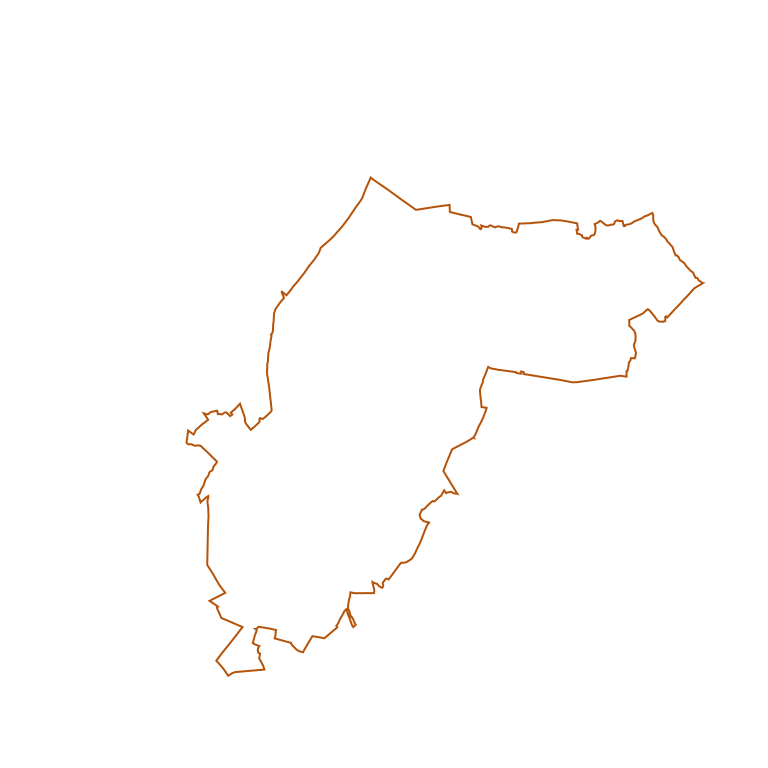 outline of Granicesti, Suceava, Romania, rotated 227°
{"feature_id": "2599482B75349817516737", "entity_name": "Granicesti", "entity_type": "district", "adm_level": 2, "iso_a3": "ROU", "parent_name": "Romania", "parent_adm1": "Suceava", "projection": "robinson", "projection_center": [26.065, 47.795], "detail": "fine", "context": "isolated", "style": "outline", "palette": "amber", "viewbox_px": 768, "rotation_deg": 227, "n_neighbors": 0, "source": "geoboundaries", "source_scale": "gbopen_adm2", "svg_char_len": 6146}
<svg xmlns="http://www.w3.org/2000/svg" viewBox="0 0 768 768"><g transform="rotate(227 384 384)"><path d="M326.1,696.9L327.9,690.8L328.9,689.0L329.1,686.8L329.6,684.7L332.1,678.3L332.7,674.6L333.9,671.7L335.5,669.5L335.8,668.7L335.2,668.0L336.0,667.0L340.6,669.6L342.4,667.6L343.2,666.9L344.3,666.6L345.2,664.6L345.3,663.6L345.0,662.9L344.5,662.4L344.2,661.3L344.3,660.7L344.5,660.0L344.9,659.4L345.9,658.6L346.1,657.7L347.4,655.6L348.7,654.7L354.8,653.8L355.8,653.4L356.1,652.9L356.0,652.2L356.4,649.6L357.3,647.1L353.9,645.3L350.8,641.8L350.1,640.3L349.8,638.9L351.0,637.3L351.1,635.7L350.6,633.0L351.0,632.3L352.7,632.1L352.7,631.6L352.5,630.9L356.2,629.2L357.6,630.2L360.8,629.0L362.0,627.7L365.5,630.0L364.5,631.2L369.8,634.8L379.5,627.7L383.0,624.9L387.6,620.4L388.9,619.0L394.6,610.0L399.0,604.4L400.5,602.8L400.7,602.0L409.3,592.0L407.2,589.1L404.8,584.6L404.7,584.1L404.9,583.7L406.4,582.2L408.2,581.7L410.1,583.2L410.5,583.1L411.7,582.0L412.8,581.7L415.9,579.2L418.4,577.0L421.0,575.5L422.1,573.9L422.8,572.2L423.1,571.9L424.8,571.1L426.7,570.5L427.5,569.9L427.9,569.1L427.9,567.5L429.1,565.9L431.0,564.5L433.6,563.3L431.7,561.9L431.2,560.8L431.2,560.3L431.9,560.0L434.8,560.3L440.5,557.6L446.9,561.4L455.0,556.1L455.0,555.9L464.9,549.5L470.2,554.1L476.9,544.8L489.5,526.2L506.7,522.6L523.1,519.4L540.9,515.5L544.0,515.1L538.9,503.1L534.9,495.0L534.0,492.0L532.5,483.9L529.4,470.7L527.8,461.4L526.4,447.3L526.4,440.7L526.8,430.6L524.6,426.4L524.0,424.4L522.4,417.1L521.4,409.5L519.5,401.0L518.6,394.6L518.0,391.8L517.1,383.5L516.4,380.2L515.4,373.1L521.1,372.3L521.1,371.9L515.1,369.5L514.4,363.2L513.6,359.8L513.0,356.6L512.2,354.6L510.6,351.7L504.5,345.4L503.3,343.7L498.8,339.2L497.4,337.0L497.2,336.4L497.4,335.4L497.1,334.9L496.2,334.7L495.8,334.4L492.7,330.2L489.5,326.5L487.8,324.3L485.6,320.6L479.1,313.9L478.2,312.1L475.9,310.1L473.2,307.2L469.7,304.3L468.3,303.5L459.8,297.7L441.5,284.0L441.0,283.1L440.8,281.3L440.8,274.4L441.1,271.5L441.8,270.9L443.3,270.4L443.6,270.0L443.1,268.8L441.7,267.6L441.1,266.8L441.1,260.5L441.4,255.3L448.9,256.0L450.8,256.4L452.4,257.6L454.0,259.0L455.6,259.9L467.8,265.2L467.3,258.4L467.5,252.3L465.1,252.2L465.5,249.5L470.9,249.3L471.8,247.9L472.4,244.5L474.0,243.5L475.2,241.9L476.0,242.3L477.2,243.3L478.2,243.7L481.1,239.2L481.6,238.2L481.8,237.3L481.8,234.9L482.1,234.4L482.7,233.7L485.4,232.2L477.8,231.0L478.0,227.7L478.5,224.7L478.7,215.1L476.9,210.3L483.5,209.0L475.6,199.4L473.2,199.9L470.9,202.3L467.8,203.5L465.8,206.3L464.2,207.6L462.3,207.9L459.7,207.9L457.8,208.2L441.4,208.9L440.8,208.2L440.4,207.1L439.9,203.0L438.5,200.9L438.0,199.5L438.4,197.7L438.5,196.2L437.0,193.5L436.4,191.6L436.3,189.8L435.8,188.1L433.3,183.7L432.4,181.5L431.9,179.0L429.5,174.3L430.1,172.2L428.3,171.9L422.5,169.1L422.6,170.7L422.3,173.5L422.5,175.8L421.9,179.0L421.2,178.5L419.5,175.9L418.1,174.4L413.1,170.8L407.3,165.8L399.1,157.4L372.2,131.3L363.8,129.8L350.2,126.7L347.1,126.2L339.5,125.5L344.4,108.5L334.4,110.8L334.4,109.2L323.8,105.5L302.7,114.8L299.8,96.9L297.6,81.6L296.0,72.6L291.7,72.6L285.1,72.3L276.9,71.1L275.9,76.2L274.7,78.8L256.7,101.8L260.7,103.6L268.4,105.6L269.9,107.4L271.3,109.5L273.1,108.8L275.4,110.1L276.6,111.5L277.3,114.1L281.0,112.3L283.9,111.3L288.3,118.2L290.4,122.5L290.9,123.2L292.5,122.9L291.9,123.6L292.0,126.7L284.3,132.7L277.7,137.3L275.3,134.3L274.2,133.3L272.6,130.5L259.2,138.7L258.7,139.2L258.2,139.5L257.0,138.9L255.4,138.7L249.4,138.9L247.2,139.4L244.7,140.7L243.0,141.9L243.7,143.5L246.9,154.3L248.4,159.7L238.7,167.1L237.9,183.9L239.6,184.2L239.6,184.5L240.2,187.2L242.0,191.3L243.2,195.5L245.0,200.5L245.0,202.7L228.8,195.9L227.2,195.8L227.2,199.2L229.5,199.6L233.7,201.3L234.1,201.1L234.7,201.4L235.6,201.5L236.2,201.2L239.4,202.5L241.7,203.9L243.5,204.2L244.6,204.8L246.4,206.6L248.8,209.6L250.8,212.3L251.8,214.5L252.8,215.3L254.5,217.4L251.2,219.7L237.9,234.0L238.3,234.7L240.3,236.7L246.0,239.7L247.1,240.6L245.6,240.9L242.7,242.5L241.9,242.7L239.2,242.5L236.3,243.6L236.1,243.9L237.0,246.0L239.4,247.4L239.7,248.0L239.8,250.0L240.4,252.1L240.3,252.8L239.5,253.5L237.9,254.1L241.6,274.0L241.5,274.8L239.8,276.5L239.1,277.6L238.3,279.3L237.5,283.4L237.4,284.8L237.6,286.2L238.9,291.0L241.5,297.2L242.8,301.0L245.5,306.9L248.7,313.3L250.8,317.9L251.7,320.6L251.7,321.9L251.9,322.5L256.5,319.6L257.6,319.3L258.7,319.4L260.5,319.0L262.6,320.2L263.6,320.4L264.4,321.6L265.8,325.2L266.1,325.4L266.2,325.9L265.4,327.5L265.1,329.2L265.4,332.4L265.4,337.7L265.3,339.2L265.2,339.8L264.0,340.4L263.7,341.9L263.7,347.8L263.3,349.4L265.2,355.5L261.8,355.0L261.4,356.4L259.7,359.2L258.5,359.9L256.9,360.2L255.8,360.9L255.0,361.8L253.6,362.7L279.9,368.1L283.5,375.4L289.7,389.0L289.7,389.6L285.3,405.5L283.8,412.8L283.4,413.0L283.9,413.1L284.1,413.6L284.5,415.7L288.5,424.7L289.6,428.1L291.8,433.7L295.4,440.9L296.6,442.8L300.6,439.6L304.5,442.7L308.7,445.7L313.3,449.3L314.6,450.7L315.5,452.2L317.9,457.4L319.6,459.4L321.7,464.3L325.4,471.8L322.0,473.1L317.9,476.3L317.3,476.6L302.7,488.6L301.8,488.3L298.2,491.1L299.6,492.9L297.4,494.3L296.1,492.9L266.6,515.8L256.9,522.8L253.8,526.3L244.3,539.7L229.0,562.3L224.0,566.4L227.9,570.1L227.4,570.6L229.4,573.8L232.7,577.8L233.1,580.1L234.5,582.4L231.7,584.9L234.7,589.4L240.4,592.2L242.3,593.5L243.9,597.0L246.1,599.4L249.1,602.0L251.9,603.2L255.9,603.3L259.6,603.1L260.8,604.7L263.6,606.9L259.3,620.5L259.0,621.7L259.0,625.8L258.8,627.9L257.9,628.3L256.6,628.4L247.7,627.8L244.5,627.3L242.3,627.6L239.0,630.8L238.9,631.4L238.2,632.5L240.3,634.8L241.2,635.2L241.2,635.8L241.0,636.6L239.5,636.6L240.4,648.7L240.5,652.4L241.3,661.3L241.5,666.3L242.4,676.1L240.3,686.0L240.8,685.6L242.4,685.7L243.5,685.2L245.1,684.8L247.4,685.4L248.2,685.2L249.3,684.2L249.6,684.2L250.2,684.6L252.3,685.1L253.1,685.6L254.6,686.0L255.7,685.9L256.7,685.5L258.0,685.4L264.5,685.5L266.3,685.9L268.4,686.0L272.9,685.0L276.3,686.1L276.5,685.8L277.3,686.0L278.9,685.7L279.2,685.0L283.9,686.8L287.0,688.2L288.2,688.5L290.5,688.4L292.1,688.6L295.1,688.5L297.0,689.0L299.8,689.2L303.6,688.5L309.2,689.8L311.6,690.9L316.8,691.1L318.3,691.6L320.4,692.9L321.8,694.0L323.6,695.9L326.1,696.9Z" fill="none" stroke="#b45309" stroke-width="2"/></g></svg>